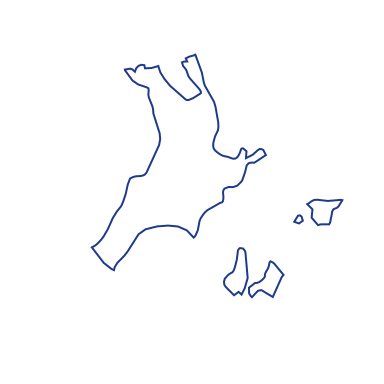 Sharjah, orthographic projection, rotated 38°
{"feature_id": "ARE-348", "entity_name": "Sharjah", "entity_type": "Emirate", "adm_level": 1, "iso_a3": "ARE", "parent_name": "United Arab Emirates", "parent_adm1": "", "projection": "orthographic", "projection_center": [55.908, 25.102], "detail": "fine", "context": "isolated", "style": "outline", "palette": "blue", "viewbox_px": 384, "rotation_deg": 38, "n_neighbors": 0, "source": "natural_earth", "source_scale": "10m", "svg_char_len": 3014}
<svg xmlns="http://www.w3.org/2000/svg" viewBox="0 0 384 384"><g transform="rotate(38 192 192)"><path d="M221.4,226.9L211.6,225.4L202.2,227.8L193.8,233.2L192.7,234.2L185.8,240.5L178.4,249.9L175.9,258.2L177.9,278.8L177.9,283.8L176.8,293.8L177.3,298.7L178.6,301.6L176.1,302.2L166.2,302.2L147.2,297.3L148.5,294.2L149.1,292.2L149.5,289.2L149.8,285.7L149.7,281.2L148.5,272.8L145.7,261.6L144.8,253.7L144.9,247.4L144.6,245.4L143.7,242.0L141.0,234.4L136.8,225.7L134.9,219.5L135.0,219.3L135.0,219.2L136.4,216.4L137.2,215.3L138.4,213.9L141.5,211.2L142.8,209.7L143.8,208.1L144.2,206.4L144.2,204.7L137.2,175.3L134.3,169.8L130.4,165.7L113.2,153.9L111.4,151.8L109.5,150.0L107.6,148.6L99.7,144.0L97.7,142.2L95.1,138.3L93.7,137.1L91.5,137.5L83.4,140.4L76.5,140.8L64.1,137.3L63.7,136.9L67.2,133.0L69.4,132.1L73.0,132.4L71.9,129.0L72.1,125.8L73.6,123.1L76.4,121.4L78.8,123.5L83.7,119.3L87.9,113.5L88.0,113.6L93.5,117.3L100.8,119.9L109.3,121.8L129.7,123.0L131.4,122.7L132.7,121.5L135.0,117.6L138.2,108.7L137.1,107.4L134.6,106.4L120.1,103.7L117.3,102.6L113.7,100.2L111.3,99.0L107.4,98.2L104.6,96.2L104.3,96.0L105.2,94.4L107.8,92.1L104.8,90.5L106.4,87.2L109.5,83.0L109.9,81.8L110.0,81.8L110.7,82.1L126.5,92.0L133.7,98.3L136.7,100.3L153.7,107.3L158.2,110.5L169.4,120.6L172.5,124.1L174.4,127.2L176.0,134.2L178.4,139.9L180.4,142.8L182.0,144.1L184.3,145.0L187.3,145.2L190.8,145.1L194.1,144.4L195.9,143.6L198.7,142.2L202.2,141.1L204.0,140.4L205.3,139.3L206.1,137.8L206.3,135.8L206.0,133.4L205.4,131.1L204.3,127.8L204.6,126.8L205.4,126.2L209.8,126.3L213.7,132.1L217.0,125.0L218.0,118.9L218.9,116.4L220.7,115.3L222.3,115.0L227.5,117.4L223.1,130.5L221.2,131.9L220.3,132.7L219.2,133.9L218.8,135.8L218.7,137.3L221.7,143.9L224.4,151.9L224.5,153.4L223.8,159.1L221.3,162.9L217.7,165.6L215.5,169.3L215.6,170.6L215.9,171.9L216.8,173.3L219.9,176.7L221.2,178.6L222.1,180.5L222.0,181.6L220.6,183.9L215.3,196.9L214.7,200.4L214.7,203.6L215.1,207.7L215.9,210.4L220.1,218.5L221.6,224.2L221.4,226.8L221.4,226.9ZM267.0,205.1L270.0,205.8L271.5,206.9L288.8,225.5L292.9,235.6L293.3,238.1L294.2,242.3L290.2,242.0L288.7,247.5L276.9,246.0L274.5,245.1L272.5,243.1L271.2,240.1L271.6,234.7L272.5,232.1L273.3,230.4L273.2,228.3L272.2,225.0L268.9,217.6L264.2,209.8L264.0,208.0L264.3,206.7L267.0,205.1ZM320.3,225.0L307.1,226.6L306.0,227.8L304.8,229.3L304.0,238.0L302.6,237.9L299.4,236.7L295.8,232.3L297.7,224.9L299.2,223.6L300.5,221.5L301.4,218.0L301.7,215.6L301.5,213.8L300.7,212.7L299.9,211.3L299.5,209.7L299.0,205.9L298.4,203.7L297.6,201.9L296.8,200.5L296.4,199.4L296.5,198.3L298.8,197.8L300.9,197.8L313.8,200.7L315.1,200.9L315.1,203.9L320.3,225.0ZM311.7,140.5L302.1,138.6L297.6,131.5L290.3,130.6L291.1,128.7L291.8,126.0L293.1,123.1L295.6,120.9L304.6,115.4L314.3,106.4L315.5,105.9L316.3,113.1L316.0,115.1L314.1,118.4L314.4,120.9L316.7,125.1L317.9,127.8L319.0,129.6L319.8,131.7L319.9,133.2L319.6,133.3L313.5,138.1L311.7,140.5ZM293.5,143.9L297.0,146.4L295.7,150.9L290.9,152.5L290.1,145.4L291.4,144.0L293.5,143.9Z" fill="none" stroke="#1e3a8a" stroke-width="2"/></g></svg>